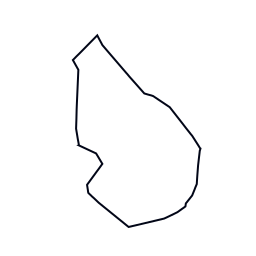 the district of Al Hissn, Sana'a, Yemen, rotated 249°
{"feature_id": "15242507B2313194184175", "entity_name": "Al Hissn", "entity_type": "district", "adm_level": 2, "iso_a3": "YEM", "parent_name": "Yemen", "parent_adm1": "Sana'a", "projection": "mercator", "projection_center": [44.477, 15.021], "detail": "fine", "context": "isolated", "style": "outline", "palette": "ink", "viewbox_px": 256, "rotation_deg": 249, "n_neighbors": 0, "source": "geoboundaries", "source_scale": "gbopen_adm2", "svg_char_len": 1088}
<svg xmlns="http://www.w3.org/2000/svg" viewBox="0 0 256 256"><g transform="rotate(249 128 128)"><path d="M78.3,69.3L77.3,69.7L74.8,71.0L68.7,73.9L35.4,93.1L34.4,100.2L30.5,129.3L30.7,132.4L31.3,139.7L31.7,144.0L33.2,149.7L33.5,151.0L34.2,153.5L36.9,155.0L37.6,156.3L38.1,157.1L42.0,163.7L46.6,168.0L48.4,169.6L51.0,172.1L52.3,172.7L58.2,175.4L68.1,180.1L76.9,184.7L81.1,186.9L81.3,187.1L82.6,188.1L82.9,188.3L83.3,188.0L86.1,187.5L90.5,186.6L91.9,186.3L92.0,186.3L97.8,185.1L99.8,184.4L107.2,182.1L112.9,180.4L131.2,174.8L132.5,174.4L148.8,162.9L150.0,161.5L152.1,158.6L154.4,155.6L175.5,147.7L179.1,146.5L179.5,146.3L207.8,136.2L214.6,133.8L217.2,133.5L221.9,132.9L225.5,132.5L222.9,126.8L219.5,119.3L218.4,116.9L216.4,112.5L214.9,109.2L213.4,105.7L211.2,100.9L200.1,102.5L167.0,88.1L164.2,86.9L153.8,82.6L146.0,79.3L135.3,77.1L132.5,76.6L129.4,76.0L129.4,75.9L115.7,89.1L113.5,89.5L103.7,91.2L103.3,90.6L103.2,90.4L100.3,86.0L98.6,83.3L89.9,69.8L89.6,69.4L84.0,68.2L83.3,68.0L81.7,67.7L80.3,68.3L79.7,68.6L78.5,69.2L78.3,69.3Z" fill="none" stroke="#020617" stroke-width="2"/></g></svg>